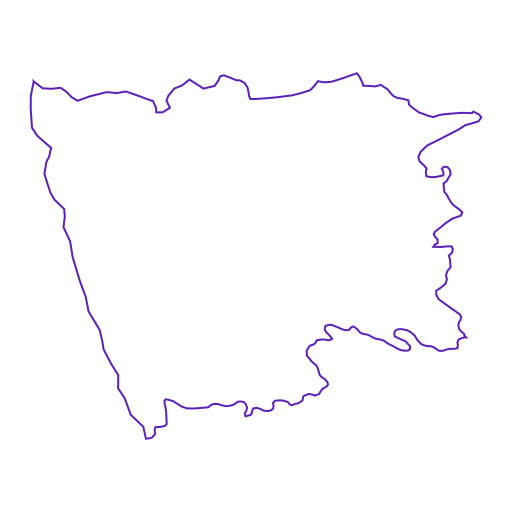 outline of Grodno, Grodno, Belarus
{"feature_id": "67162791B13547290723272", "entity_name": "Grodno", "entity_type": "district", "adm_level": 2, "iso_a3": "BLR", "parent_name": "Belarus", "parent_adm1": "Grodno", "projection": "natural_earth1", "projection_center": [24.107, 53.67], "detail": "fine", "context": "isolated", "style": "outline", "palette": "violet", "viewbox_px": 512, "rotation_deg": 0, "n_neighbors": 0, "source": "geoboundaries", "source_scale": "gbopen_adm2", "svg_char_len": 4383}
<svg xmlns="http://www.w3.org/2000/svg" viewBox="0 0 512 512"><path d="M473.4,111.6L471.9,113.2L468.6,113.0L462.4,112.8L456.4,113.2L449.1,113.8L444.2,114.2L438.8,115.2L433.1,117.1L427.7,115.6L422.5,113.6L418.8,112.4L415.8,110.1L412.0,107.4L409.0,104.6L408.4,100.3L403.0,98.8L397.1,97.8L393.3,96.0L390.5,92.9L387.6,89.4L380.8,84.9L375.4,86.4L368.1,85.9L363.2,85.7L362.6,83.1L359.9,77.4L356.9,73.3L351.5,75.1L344.7,77.6L338.5,79.6L330.9,81.9L323.9,82.3L317.9,81.2L314.4,85.9L310.1,90.2L302.5,92.7L291.9,95.4L277.5,97.2L267.0,98.2L255.3,99.0L250.4,99.0L249.1,96.0L248.6,92.5L247.5,87.4L244.5,82.9L239.9,80.4L236.1,80.2L229.9,77.6L223.9,75.3L220.1,76.3L218.5,80.2L214.7,85.9L203.4,88.6L199.6,86.0L189.4,79.6L182.2,85.4L174.2,88.6L168.2,96.0L166.5,100.8L169.9,107.8L162.7,112.3L156.3,112.3L155.9,107.5L153.0,101.1L146.2,98.8L139.0,96.0L125.9,91.5L117.0,93.1L106.8,92.1L89.9,96.3L77.6,100.8L71.8,97.3L65.8,91.3L60.6,87.8L51.3,88.8L42.7,88.3L34.1,81.8L34.3,82.3L33.7,81.6L30.8,95.8L30.7,108.8L32.0,127.8L37.3,135.8L45.2,142.8L51.1,147.8L49.1,156.8L46.4,161.8L44.4,173.9L50.3,192.5L54.3,199.5L64.2,209.0L64.8,216.6L63.5,227.2L70.1,241.2L72.7,257.4L79.9,281.1L85.8,297.2L88.5,311.3L99.7,330.0L102.3,341.2L103.6,349.3L110.9,363.4L118.2,375.1L118.2,381.2L118.1,388.3L124.8,398.4L130.7,414.7L143.3,426.8L145.9,438.5L146.0,438.7L148.4,438.4L150.0,438.2L151.8,437.7L154.6,434.7L155.1,433.6L154.6,430.1L155.4,427.2L161.9,426.7L165.1,425.8L166.6,424.2L166.7,422.6L166.4,418.8L166.3,414.6L166.1,411.6L165.6,407.6L164.7,404.4L164.5,400.5L165.8,399.2L169.3,400.0L173.5,401.3L177.3,403.8L181.9,406.6L186.5,408.3L191.5,408.5L197.1,408.3L202.3,407.8L208.3,407.3L211.0,404.9L213.9,403.9L218.2,404.1L222.0,405.3L226.1,406.2L229.1,405.9L233.0,404.9L235.6,403.4L238.0,401.6L241.1,401.5L244.0,402.2L245.8,404.3L247.1,407.6L246.4,410.6L244.7,413.4L245.6,416.3L250.6,414.9L251.8,412.9L252.2,410.7L253.2,408.4L256.8,407.9L260.3,408.9L264.0,410.8L268.7,411.0L271.2,410.2L273.1,408.6L273.6,405.3L272.9,403.1L275.0,400.7L280.2,400.3L284.3,400.8L288.0,402.2L289.8,404.5L292.0,405.3L295.2,403.8L298.0,403.3L301.3,401.4L302.7,400.0L303.0,397.4L303.9,395.8L308.8,394.0L311.6,394.4L314.9,395.6L319.1,394.0L320.4,391.7L322.7,388.7L326.7,386.5L328.0,384.4L327.4,382.1L325.1,379.4L321.6,377.1L319.6,374.8L318.8,371.7L317.7,368.1L316.4,365.5L313.0,362.7L311.2,360.9L308.7,357.8L307.0,355.7L306.6,351.1L308.5,347.5L310.0,345.6L313.3,344.6L315.3,343.1L316.7,340.3L321.6,339.5L323.7,339.5L329.7,340.3L332.2,338.7L329.2,335.1L325.9,331.8L324.8,329.6L325.3,326.1L328.5,324.9L331.9,324.9L334.3,326.0L337.2,327.0L339.8,328.2L342.1,329.2L344.8,330.1L347.3,330.2L349.2,329.8L350.5,328.0L352.4,326.6L354.5,327.0L357.6,329.6L359.1,331.5L360.7,332.9L362.4,333.7L364.2,334.1L367.8,334.7L370.8,336.2L372.8,337.4L374.7,338.3L376.8,338.9L380.1,339.5L382.2,340.0L384.6,341.1L386.4,342.5L388.6,344.0L390.9,345.0L393.3,346.3L397.0,348.3L399.9,349.8L404.1,350.7L408.2,350.5L410.1,349.0L410.1,346.2L407.8,343.8L405.7,341.4L401.7,339.7L400.2,338.9L396.7,337.4L394.9,336.5L394.3,333.9L394.7,331.4L396.5,329.8L398.6,329.2L401.5,329.1L406.9,330.2L409.6,331.5L412.3,333.5L414.8,335.6L415.7,337.3L416.4,338.4L417.5,340.3L418.8,341.5L421.1,344.0L423.5,345.1L426.9,346.1L430.3,346.1L433.2,347.0L435.6,348.4L438.4,350.5L440.5,350.9L443.4,350.7L446.4,349.5L449.7,348.9L453.9,348.9L457.4,348.2L457.9,344.6L457.4,342.5L458.4,340.0L459.5,339.0L464.5,337.2L466.0,337.4L464.3,335.3L464.2,334.0L461.2,331.5L459.2,329.0L458.3,325.5L458.8,322.4L460.5,320.0L461.2,316.9L459.6,314.2L454.5,310.6L445.2,304.0L438.6,299.2L436.3,294.8L436.2,290.7L440.3,288.0L445.4,283.9L446.9,279.3L446.0,275.2L447.4,271.0L450.6,267.3L450.0,259.7L448.8,255.5L452.0,252.9L452.8,249.0L451.7,246.4L446.8,246.4L441.4,247.0L433.3,246.8L435.0,244.4L437.6,243.3L437.6,239.4L435.0,236.8L433.7,234.0L435.2,231.5L439.5,228.2L444.2,224.3L448.0,221.5L451.9,218.8L460.9,215.6L462.3,212.3L459.7,209.8L456.1,207.1L453.1,204.9L450.9,202.0L448.5,198.2L447.1,195.2L444.3,191.8L443.8,187.5L443.6,183.5L446.4,181.3L448.7,177.4L450.7,174.1L449.8,169.6L447.6,167.2L444.1,166.7L441.8,168.7L443.5,172.6L443.3,175.4L436.1,176.9L431.5,177.2L426.4,176.3L425.8,172.0L426.6,168.5L423.8,165.2L419.7,161.5L418.3,157.2L420.6,151.8L427.2,145.5L439.8,139.2L450.9,133.5L458.4,129.6L465.5,125.1L471.0,123.6L478.4,121.4L481.3,117.5L479.3,114.7L473.5,111.7L473.4,111.6Z" fill="none" stroke="#5b21b6" stroke-width="2"/></svg>